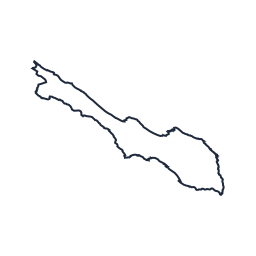 Snæfellsbær, Vesturland, Iceland, rotated 210°
{"feature_id": "244011B30460955116065", "entity_name": "Snæfellsbær", "entity_type": "district", "adm_level": 2, "iso_a3": "ISL", "parent_name": "Iceland", "parent_adm1": "Vesturland", "projection": "robinson", "projection_center": [-23.52, 64.838], "detail": "fine", "context": "isolated", "style": "outline", "palette": "slate", "viewbox_px": 256, "rotation_deg": 210, "n_neighbors": 0, "source": "geoboundaries", "source_scale": "gbopen_adm2", "svg_char_len": 5797}
<svg xmlns="http://www.w3.org/2000/svg" viewBox="0 0 256 256"><g transform="rotate(210 128 128)"><path d="M115.9,100.9L115.8,101.1L114.7,101.4L112.7,103.0L112.1,103.2L111.8,103.9L111.8,104.3L111.5,104.8L111.8,105.1L111.3,105.8L109.7,107.6L108.2,108.6L107.1,109.0L106.3,108.7L105.5,108.8L106.0,109.0L105.6,109.2L105.6,109.4L105.3,109.4L105.4,109.7L105.2,109.9L104.6,110.1L103.2,109.9L100.7,110.2L99.8,110.0L99.2,109.5L95.8,109.5L95.4,109.7L95.7,109.9L95.6,110.1L95.2,110.1L95.1,110.3L94.8,110.1L94.5,110.4L94.6,110.6L94.3,110.6L94.5,110.8L94.3,111.0L94.8,111.3L94.7,111.9L93.0,113.2L93.3,113.6L92.9,113.6L91.7,114.5L89.9,115.5L88.8,115.7L86.5,115.8L84.3,115.0L78.4,115.3L78.1,115.1L78.2,114.9L77.3,115.1L76.4,114.9L76.5,114.8L76.2,114.6L76.7,114.2L76.5,113.9L76.6,114.2L76.3,114.4L76.0,114.3L76.2,114.1L76.0,114.3L75.4,114.3L76.0,113.9L75.9,113.8L77.1,113.7L75.0,113.5L73.6,113.7L71.8,113.0L65.1,112.5L61.7,111.4L58.3,109.7L57.2,109.0L57.9,108.2L58.2,108.3L57.9,108.1L58.0,108.0L57.2,108.8L56.5,108.4L56.9,107.9L56.0,107.6L56.3,107.5L56.1,107.4L56.5,107.4L56.4,107.6L56.7,107.5L58.0,107.8L58.5,107.8L55.3,107.0L51.1,106.8L49.0,107.2L46.8,107.9L46.0,108.0L45.6,107.8L45.5,108.2L44.7,108.5L44.1,108.4L43.3,108.5L41.5,109.8L40.4,109.9L39.2,109.5L38.5,108.9L38.0,108.7L37.4,108.8L36.0,109.9L35.9,110.3L33.8,111.4L33.6,112.4L33.5,112.5L32.2,113.0L31.0,113.0L30.3,113.3L29.0,114.7L26.6,115.6L26.2,115.9L25.9,116.3L25.6,117.3L24.9,117.7L23.9,117.8L21.6,117.3L20.3,117.5L18.9,118.0L17.3,118.0L15.8,117.3L15.2,116.6L14.4,116.5L14.0,116.8L14.0,117.4L13.7,117.8L13.6,118.4L13.7,118.5L13.7,118.8L14.1,118.9L14.0,119.1L14.2,119.3L14.4,120.5L14.9,121.1L15.1,121.6L15.0,122.2L14.9,122.3L15.1,122.8L15.4,124.3L16.1,125.2L17.0,125.9L17.9,127.3L19.4,128.7L20.0,129.8L20.0,130.6L20.7,131.0L20.9,131.3L22.7,131.6L22.9,132.0L24.3,133.2L25.5,133.1L25.8,133.2L25.8,133.6L27.2,134.0L27.4,135.1L28.3,136.8L28.8,137.2L29.5,137.4L30.0,138.6L29.8,138.9L30.0,139.0L30.3,140.1L30.7,140.5L31.3,140.8L31.7,141.5L32.7,141.8L33.2,142.4L34.0,142.9L34.0,143.2L34.4,143.5L33.9,144.5L34.1,144.6L34.0,145.1L34.8,145.3L34.8,145.6L35.8,146.0L36.8,146.6L36.6,147.0L37.1,147.4L36.7,147.6L36.9,147.7L36.7,147.8L37.0,147.8L36.9,148.1L37.3,147.9L36.9,148.3L37.2,148.3L37.1,148.6L37.7,148.7L37.5,149.2L37.6,149.4L40.0,149.2L40.4,149.3L40.5,149.7L40.7,149.8L42.3,149.8L42.7,150.0L44.1,150.1L44.5,150.3L45.5,150.4L45.3,150.9L45.4,151.1L46.0,151.2L47.1,151.0L48.8,151.9L51.1,152.3L53.5,152.9L53.5,153.1L54.9,153.1L55.6,153.9L56.1,154.3L55.8,154.6L56.9,154.6L58.1,155.1L59.5,154.9L60.1,154.3L61.6,154.0L61.5,153.8L62.0,153.6L63.7,153.1L67.0,152.7L68.9,152.9L69.6,152.7L70.2,152.7L70.3,152.5L72.1,152.0L72.9,152.0L73.3,152.2L73.7,151.9L76.4,151.4L77.1,151.5L78.3,151.2L79.6,151.6L80.7,151.7L81.7,152.0L84.2,152.4L86.1,152.4L87.1,152.1L87.9,151.4L87.7,151.3L87.9,150.8L87.6,150.2L86.7,149.6L86.8,149.1L87.4,148.9L87.5,148.7L88.0,148.5L88.3,148.6L88.1,148.2L88.6,148.3L88.7,147.8L89.2,147.8L89.1,147.2L89.5,146.6L90.0,146.8L90.1,146.7L90.0,146.4L90.9,146.0L91.0,145.8L90.9,145.7L91.9,145.4L92.0,145.1L91.8,145.0L92.0,144.9L91.8,144.9L91.9,144.7L91.6,144.7L91.2,144.4L91.5,144.5L91.3,144.7L90.8,144.5L89.7,143.2L91.2,141.0L91.1,140.3L93.4,139.4L94.1,139.4L94.0,139.0L94.4,138.6L94.5,138.3L94.9,138.1L95.9,137.3L98.7,136.7L103.4,136.2L107.8,136.1L112.4,136.5L114.4,136.5L115.0,136.6L116.4,137.4L120.1,138.3L121.5,139.0L123.2,139.1L124.0,139.7L124.8,139.7L126.2,139.3L127.8,139.1L129.8,138.3L131.4,138.2L132.5,137.9L132.9,137.5L133.0,137.1L133.4,136.3L134.1,135.7L133.9,134.8L133.4,134.2L134.2,133.4L135.0,132.9L134.9,132.5L135.1,132.1L134.5,131.8L135.6,131.2L137.6,130.9L142.4,130.8L143.8,130.5L145.4,130.8L146.0,130.7L149.0,131.1L152.0,130.9L156.0,131.1L166.0,132.9L172.8,134.4L174.5,134.5L177.8,135.1L180.8,135.9L181.7,136.4L183.4,136.4L184.0,136.8L184.8,136.8L185.9,136.6L186.6,136.7L187.2,136.5L187.5,136.6L187.7,136.9L188.5,136.7L190.3,136.8L191.5,136.6L194.4,136.7L197.4,137.5L199.0,138.6L200.1,137.8L202.0,137.5L203.3,137.0L203.7,136.5L205.2,135.8L209.4,136.0L211.0,136.4L214.1,137.9L215.3,138.2L217.3,138.0L218.6,137.4L219.2,137.5L219.5,137.9L219.7,138.8L220.5,138.9L223.5,138.1L226.7,137.9L226.9,137.4L230.5,137.2L234.1,137.5L235.5,138.1L236.0,138.0L242.4,138.9L242.4,138.4L242.2,138.1L241.1,138.3L241.0,138.1L240.9,137.7L238.5,136.9L238.4,134.2L240.3,132.5L240.1,132.2L240.4,131.8L234.8,131.6L234.3,129.0L231.7,128.5L229.5,129.3L224.3,128.6L223.0,128.0L221.8,126.7L226.2,121.8L227.2,120.9L227.1,120.2L226.5,119.0L226.7,117.2L226.1,116.6L226.3,116.4L226.2,116.2L226.3,115.8L226.1,115.3L225.8,115.0L226.0,114.8L226.0,114.4L225.5,113.9L225.7,113.7L225.9,113.6L226.1,113.3L225.5,112.8L225.6,112.7L225.5,112.4L225.4,112.2L221.9,111.3L219.9,111.4L219.6,111.2L219.3,111.3L218.2,110.8L217.3,110.8L217.2,111.2L211.7,112.7L211.1,113.2L210.6,113.9L210.6,114.6L211.3,115.2L211.5,116.2L209.5,117.1L207.7,117.1L206.3,117.5L201.7,117.7L201.3,118.5L199.6,118.4L198.4,118.7L197.1,118.0L195.3,117.4L193.8,118.1L192.6,117.9L191.2,118.5L190.3,118.4L188.6,118.0L187.2,117.2L185.7,116.0L183.3,116.0L179.2,118.7L177.5,118.8L176.3,118.2L174.8,115.9L174.2,115.8L173.4,116.1L172.8,115.8L172.5,116.8L171.7,117.2L170.0,117.5L166.2,119.1L164.3,119.5L163.2,119.1L161.5,118.8L160.7,118.4L159.4,118.8L157.9,118.7L155.8,117.8L154.6,117.8L153.8,117.2L153.1,116.9L149.2,116.6L148.6,116.0L146.8,116.5L146.5,116.8L145.8,117.0L145.0,117.1L143.0,116.9L143.0,116.6L143.3,116.2L143.0,116.0L141.9,115.9L141.0,115.4L140.2,115.4L139.6,115.0L138.3,114.9L136.3,113.9L136.1,113.3L135.9,113.2L134.7,112.9L132.7,111.9L132.2,111.3L132.3,110.1L131.7,108.7L129.6,108.6L128.7,108.1L128.0,107.1L128.0,106.8L127.5,106.6L124.3,106.1L122.5,106.2L121.5,105.9L121.1,105.0L117.6,103.6L116.8,103.0L117.1,102.7L117.3,102.0L116.5,101.6L115.9,100.9Z" fill="none" stroke="#1e293b" stroke-width="2"/></g></svg>